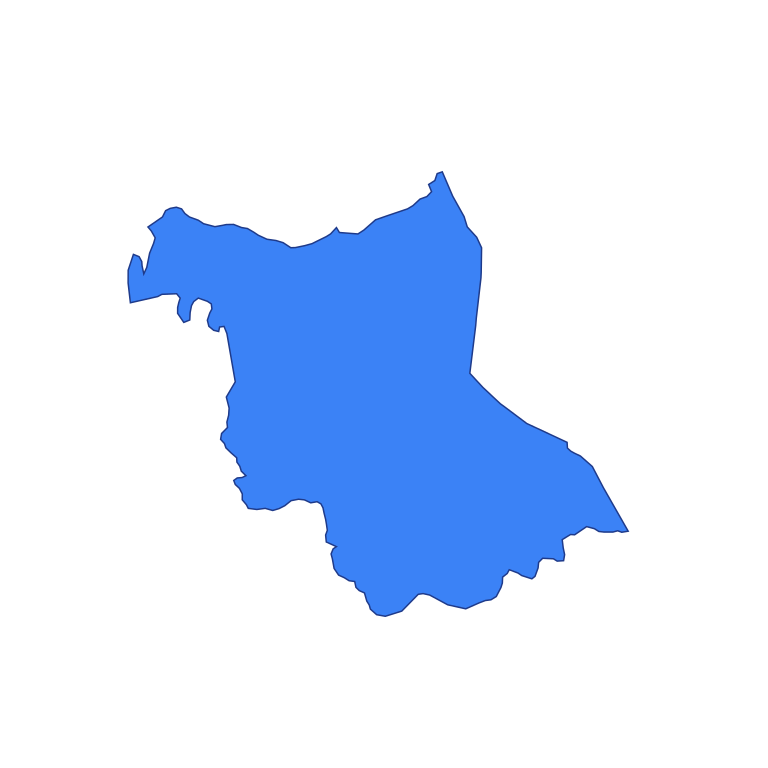 outline of Penedo, Alagoas, Brazil, rotated 110°
{"feature_id": "56859067B93481247036469", "entity_name": "Penedo", "entity_type": "district", "adm_level": 2, "iso_a3": "BRA", "parent_name": "Brazil", "parent_adm1": "Alagoas", "projection": "albers", "projection_center": [-36.472, -10.232], "detail": "fine", "context": "isolated", "style": "filled", "palette": "blue", "viewbox_px": 768, "rotation_deg": 110, "n_neighbors": 0, "source": "geoboundaries", "source_scale": "gbopen_adm2", "svg_char_len": 2607}
<svg xmlns="http://www.w3.org/2000/svg" viewBox="0 0 768 768"><g transform="rotate(110 384 384)"><path d="M444.8,118.2L442.0,114.2L442.0,109.9L438.8,104.2L406.4,142.4L390.3,160.0L384.5,174.8L383.9,181.2L383.2,185.6L381.5,189.7L376.2,192.0L372.3,236.3L363.9,264.0L362.8,267.9L353.4,289.9L344.6,307.0L297.8,317.8L290.5,319.8L251.1,329.2L245.7,330.9L222.6,338.9L214.4,347.1L207.9,359.5L199.3,366.0L184.0,383.7L164.7,401.8L168.1,406.0L175.4,405.8L181.2,410.3L187.0,405.1L193.2,407.8L197.9,413.4L206.5,417.8L211.4,421.8L225.1,438.9L232.6,448.1L242.1,453.3L246.3,455.6L251.9,459.8L256.9,477.7L253.3,482.2L261.2,485.5L265.2,488.6L273.0,496.1L276.7,499.6L281.1,505.8L286.1,513.9L287.8,518.2L285.7,527.1L286.1,534.5L288.0,543.5L287.2,553.0L285.9,558.3L284.6,565.5L285.7,571.4L285.5,579.9L288.1,586.7L290.2,590.1L294.0,596.7L295.1,608.4L293.6,614.5L293.6,623.9L291.9,629.4L288.7,634.1L288.9,639.6L292.1,645.0L295.8,648.5L302.8,649.3L317.2,659.5L319.8,655.0L324.9,649.0L330.7,648.6L341.2,649.0L355.6,646.8L362.7,647.4L355.6,651.8L351.8,653.5L348.1,657.7L347.9,663.8L364.6,663.3L376.6,659.0L394.4,650.1L379.2,626.5L375.7,623.4L370.1,609.7L373.0,604.9L377.7,604.7L382.6,604.1L388.2,602.1L394.6,593.2L390.3,588.4L383.2,590.6L376.2,591.7L371.6,591.0L366.8,587.9L366.7,578.2L367.8,573.7L372.3,571.4L377.0,572.0L384.5,571.8L389.7,568.3L391.8,562.4L391.2,557.3L386.7,558.0L384.6,554.0L390.3,548.9L432.8,524.5L450.2,527.7L459.6,521.3L466.5,519.3L473.5,518.6L478.4,516.2L486.0,519.7L491.9,518.6L494.5,513.6L498.1,510.7L501.0,504.2L503.7,497.2L507.7,495.5L510.6,491.4L514.7,488.3L517.4,482.4L520.4,485.3L522.5,489.8L526.0,492.2L529.3,489.4L531.5,484.2L535.7,479.6L541.3,477.6L544.5,472.0L547.3,469.0L545.4,460.6L541.5,453.1L540.9,445.3L537.0,440.0L532.3,435.6L525.4,431.4L521.5,424.9L520.1,419.2L520.7,412.2L517.5,406.6L518.2,402.3L521.2,399.0L525.9,396.1L531.1,392.6L535.3,390.2L540.9,387.2L545.9,387.2L552.2,384.2L552.7,377.6L553.1,373.1L556.3,375.4L561.8,375.6L565.8,372.8L574.4,367.8L579.1,361.3L579.6,355.1L580.8,349.5L579.6,344.0L584.7,340.8L586.6,336.6L587.0,330.9L593.9,325.9L596.7,322.3L600.2,319.8L603.3,312.0L601.8,303.3L591.3,289.6L569.9,279.9L567.6,275.6L566.7,268.9L569.7,248.6L567.3,230.3L557.2,219.8L552.8,214.7L550.2,209.7L545.3,205.8L535.3,204.5L530.6,204.7L524.9,206.5L519.9,203.4L515.7,202.8L515.8,193.4L516.9,189.1L516.5,178.4L513.1,176.3L504.2,176.3L498.7,177.7L493.5,175.3L490.3,165.0L491.2,160.7L488.6,154.8L482.6,155.9L476.6,159.6L469.3,163.3L465.7,160.5L461.6,157.2L460.5,153.3L448.7,144.8L448.0,136.8L449.1,131.7L447.9,126.7L444.8,118.2Z" fill="#3b82f6" stroke="#1e3a8a" stroke-width="1.5"/></g></svg>